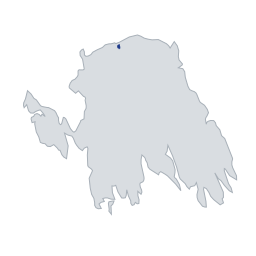 location of Pembroke Lea-5, Dublin, Ireland, rotated 261°
{"feature_id": "5873133B13038954384182", "entity_name": "Pembroke Lea-5", "entity_type": "district", "adm_level": 2, "iso_a3": "IRL", "parent_name": "Ireland", "parent_adm1": "Dublin", "projection": "equal_earth", "projection_center": [-6.232, 53.323], "detail": "fine", "context": "in_parent", "style": "filled", "palette": "blue", "viewbox_px": 256, "rotation_deg": 261, "n_neighbors": 0, "source": "geoboundaries", "source_scale": "gbopen_adm2", "svg_char_len": 3973}
<svg xmlns="http://www.w3.org/2000/svg" viewBox="0 0 256 256"><g transform="rotate(261 128 128)"><path d="M170.1,41.9L163.7,45.1L162.7,46.4L160.9,51.3L160.6,52.7L156.6,58.2L154.3,59.3L150.9,60.2L149.0,61.0L146.5,60.6L143.5,60.7L141.9,61.7L142.0,62.4L142.9,63.3L148.6,65.8L148.2,66.9L146.6,68.1L136.4,71.0L133.3,72.8L132.3,74.0L133.3,76.0L141.4,81.9L142.8,82.6L143.9,86.0L151.1,87.5L154.0,89.7L156.5,90.2L162.0,90.0L164.2,90.8L165.5,90.2L166.2,89.0L172.4,84.8L170.5,81.7L176.8,76.3L178.5,76.4L181.4,78.0L183.7,80.3L184.5,83.3L186.8,86.1L188.2,87.0L192.2,87.6L193.1,88.7L192.4,92.7L193.0,94.0L203.0,93.9L207.1,92.1L210.6,92.4L212.3,94.2L213.0,96.1L210.0,96.8L206.9,96.4L205.4,97.6L205.3,99.9L206.3,102.9L208.4,105.1L210.1,109.9L211.5,115.3L213.7,118.5L214.1,122.5L213.8,124.5L214.2,128.1L213.3,129.3L214.0,132.7L217.7,143.5L218.4,151.9L216.6,155.1L214.2,158.1L212.6,161.7L211.3,165.6L210.6,171.8L205.3,179.1L203.0,181.0L200.4,182.1L206.1,187.2L201.5,189.5L196.3,190.2L190.7,188.9L187.2,189.1L182.7,191.8L181.7,191.3L179.6,187.1L178.0,191.4L174.8,192.8L169.2,192.5L159.9,193.7L156.3,194.9L154.8,196.9L153.6,199.1L152.2,200.5L150.5,201.2L143.3,202.8L141.9,203.5L138.5,207.1L134.1,209.2L130.5,209.9L127.3,207.7L126.0,206.5L124.5,205.8L119.5,205.9L121.1,206.6L122.1,208.1L122.5,210.9L121.9,213.8L119.5,215.2L116.5,215.5L111.9,218.4L105.8,219.2L102.5,221.9L82.2,226.4L81.1,226.5L78.4,225.3L75.3,224.8L72.3,225.2L63.8,227.7L59.8,227.2L65.1,220.9L72.2,217.7L72.9,216.8L70.7,216.4L57.3,218.6L52.7,220.5L48.0,221.0L50.2,218.2L56.3,214.2L61.5,211.6L63.8,209.3L70.1,206.7L49.8,212.1L44.5,211.4L43.3,209.9L39.1,210.6L37.7,207.0L43.9,201.4L47.6,199.0L51.8,197.8L55.9,195.9L57.5,193.7L55.6,193.0L43.4,193.5L37.6,193.0L38.0,191.3L39.1,189.3L45.2,185.9L48.5,185.4L51.4,185.7L56.5,187.7L63.4,187.0L60.6,184.9L60.2,180.5L58.0,179.0L60.9,177.0L64.1,175.8L69.5,171.6L71.4,171.0L82.0,169.9L93.4,167.7L104.7,164.7L99.0,163.0L96.2,160.8L91.7,165.3L88.5,167.0L79.4,168.0L76.6,167.4L72.6,166.0L71.3,166.6L70.1,167.7L64.1,169.9L57.8,170.4L65.2,166.3L74.6,159.5L76.7,157.3L79.8,153.5L78.9,151.8L77.0,150.9L83.9,143.1L86.3,141.7L90.6,141.5L93.7,140.3L95.1,140.3L96.4,139.8L99.2,137.5L94.9,136.0L90.6,135.3L77.0,136.1L75.2,135.9L73.5,135.2L72.5,134.2L71.7,131.5L70.7,130.9L67.7,130.9L64.6,131.7L62.5,131.7L60.5,130.5L63.9,127.8L59.6,127.2L55.3,127.7L51.7,126.9L51.7,125.2L53.4,123.6L51.3,122.0L50.9,120.0L53.2,119.0L55.6,119.3L60.7,117.8L67.2,117.1L61.7,115.7L59.5,114.4L59.5,112.5L59.9,110.8L66.4,108.1L73.3,106.9L72.8,105.0L73.3,103.1L66.5,102.5L59.6,103.9L60.4,100.1L62.2,96.7L62.5,94.5L62.3,92.1L59.1,93.1L58.8,89.8L57.5,87.5L52.7,89.0L52.9,86.0L54.3,83.9L56.8,83.0L59.3,83.4L63.8,83.3L68.2,81.7L74.5,81.3L84.5,81.8L91.4,86.3L93.1,85.5L96.0,82.7L97.3,82.4L107.6,83.6L114.1,85.2L115.8,84.7L114.9,81.6L112.8,79.4L115.6,76.5L119.0,74.6L121.3,73.6L126.5,72.4L128.8,71.3L130.4,67.6L132.9,64.5L119.7,66.1L107.3,62.5L109.4,60.0L112.0,58.5L116.6,57.4L117.0,56.1L119.3,55.0L123.2,52.1L121.8,48.3L122.6,45.5L125.4,43.7L126.3,41.1L127.5,39.2L133.1,38.5L138.4,36.8L146.6,36.5L148.7,37.2L148.3,34.1L152.1,33.7L153.6,34.3L154.2,36.6L156.0,38.0L156.5,40.4L155.3,42.3L153.3,43.8L155.1,45.3L152.3,48.0L155.3,46.8L159.6,44.2L159.4,42.0L158.7,39.3L157.5,36.8L158.1,34.1L160.5,32.5L166.9,31.6L164.3,28.6L166.6,28.3L169.1,28.9L172.8,31.3L180.6,34.6L176.7,37.6L172.0,39.7L170.1,41.9ZM58.3,101.4L58.1,102.8L55.1,101.0L53.7,99.0L45.4,98.1L48.9,96.1L50.6,96.7L56.4,96.8L58.1,97.6L58.3,101.4Z" fill="#d9dde1" stroke="#a8b0b8" stroke-width="1"/><path d="M209.3,132.2L209.5,132.1L209.8,132.0L210.0,132.0L210.3,132.1L210.5,132.1L210.9,132.2L211.1,132.1L211.3,132.1L211.2,131.9L211.1,131.7L211.0,131.4L210.9,131.2L210.7,130.9L210.4,130.8L210.2,130.8L210.3,130.9L210.0,131.0L209.8,131.1L209.7,130.9L209.4,131.0L209.1,131.1L208.8,131.2L208.7,131.2L208.6,131.6L208.8,131.5L208.9,131.9L208.9,132.1L208.7,132.1L208.9,132.3L209.0,132.3L209.3,132.3L209.3,132.2L209.3,132.2Z" fill="#3b82f6" stroke="#1e3a8a" stroke-width="1.5"/></g></svg>